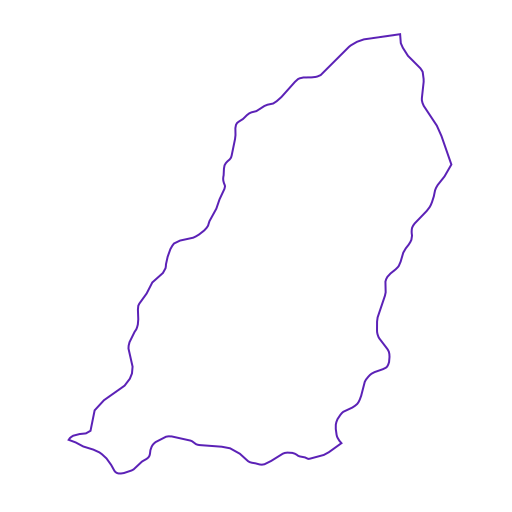 SVG path tracing the border of Lavalleja, rotated 175°
{"feature_id": "URY-19", "entity_name": "Lavalleja", "entity_type": "Department", "adm_level": 1, "iso_a3": "URY", "parent_name": "Uruguay", "parent_adm1": "", "projection": "robinson", "projection_center": [-54.924, -33.979], "detail": "fine", "context": "isolated", "style": "outline", "palette": "violet", "viewbox_px": 512, "rotation_deg": 175, "n_neighbors": 0, "source": "natural_earth", "source_scale": "10m", "svg_char_len": 2965}
<svg xmlns="http://www.w3.org/2000/svg" viewBox="0 0 512 512"><g transform="rotate(175 256 256)"><path d="M53.4,330.1L61.3,318.8L68.8,310.9L70.7,308.2L71.9,305.8L73.7,299.8L76.0,294.3L77.4,291.6L78.8,289.5L82.0,286.0L95.1,274.6L96.8,272.6L98.0,270.6L98.5,268.9L98.8,266.9L98.9,265.1L98.8,262.7L99.8,258.6L101.1,256.4L103.0,253.9L106.1,250.6L109.0,246.5L112.4,237.8L114.6,233.7L115.7,232.5L118.1,230.5L123.5,226.9L126.9,223.8L128.4,221.5L129.3,219.2L130.0,208.5L131.0,205.2L140.2,184.2L141.1,180.2L141.9,171.7L142.0,169.7L141.8,167.7L141.4,166.0L140.9,164.3L140.2,162.9L133.3,152.0L132.6,150.6L132.0,149.0L131.7,146.7L131.8,143.8L132.7,138.7L133.8,136.2L135.0,134.4L136.3,133.4L139.4,132.2L148.0,130.0L151.1,128.7L152.8,127.6L154.6,126.0L157.2,123.3L158.6,121.2L163.4,107.6L165.2,103.8L166.6,101.5L167.2,100.8L167.4,100.6L167.5,100.4L168.2,99.7L170.5,98.1L173.3,96.6L182.6,93.2L184.1,92.1L185.8,90.4L189.0,86.4L190.4,83.6L191.2,81.0L191.6,76.8L191.3,70.8L191.0,69.0L190.4,67.4L189.0,64.6L187.2,62.1L200.5,54.2L205.8,51.9L219.9,49.4L221.4,49.3L222.2,49.6L224.8,51.1L230.1,52.6L231.6,53.4L232.8,54.5L234.6,55.7L237.0,56.7L241.8,57.4L244.5,57.3L246.6,56.7L258.8,50.5L265.7,47.8L268.4,47.6L270.5,48.0L274.6,49.5L278.1,50.4L280.2,51.2L281.8,52.3L289.3,60.4L298.6,66.7L306.8,69.0L328.9,72.6L330.7,73.1L332.2,73.8L335.8,77.0L337.3,77.8L355.7,83.6L358.9,84.0L361.4,83.8L372.2,79.4L373.5,78.5L374.7,77.5L375.8,76.3L376.7,74.9L378.1,71.8L378.9,68.1L379.5,66.4L380.4,65.1L381.7,64.0L383.1,63.2L386.2,61.8L387.6,61.1L396.5,54.1L398.6,53.2L406.5,51.3L409.6,51.1L412.1,51.4L413.7,52.1L414.9,53.1L415.8,54.4L418.5,60.5L422.6,67.4L426.8,72.0L429.1,74.0L434.9,77.3L444.7,81.3L451.9,86.0L458.6,89.2L457.3,90.8L455.7,91.9L453.8,92.9L447.3,94.0L440.9,94.1L436.1,96.3L430.2,116.3L420.0,125.6L398.2,138.3L392.4,144.7L389.8,149.8L388.6,156.5L391.1,174.9L390.7,177.7L389.5,181.2L383.5,191.1L381.7,193.3L380.7,195.3L379.7,198.0L378.8,203.2L378.3,212.9L377.6,216.7L376.4,218.7L368.2,228.2L361.6,238.7L350.2,247.2L347.2,251.7L346.7,253.6L346.4,255.6L344.1,262.9L340.7,270.3L338.5,273.5L336.6,275.6L330.3,278.0L317.0,279.7L314.3,280.7L311.0,282.3L305.3,286.0L302.7,288.4L301.1,290.4L300.4,292.2L299.3,294.8L291.4,306.6L287.4,315.6L281.6,325.6L280.8,328.1L280.9,329.1L281.6,331.5L281.8,332.6L282.0,333.9L282.0,335.7L281.7,337.5L281.2,339.3L280.3,345.9L279.4,349.1L278.0,351.1L276.3,352.7L273.8,354.5L272.3,356.2L271.5,358.2L266.7,374.3L265.9,378.2L265.4,385.2L264.5,388.4L263.3,390.1L261.7,391.2L256.9,393.7L252.8,397.1L250.3,398.7L248.0,399.5L243.0,400.3L234.6,404.7L231.4,405.7L225.6,406.4L221.9,408.4L216.9,412.1L202.0,426.1L198.7,428.6L197.0,429.2L193.3,429.7L184.9,429.1L180.9,429.2L179.1,429.5L175.8,430.6L145.1,456.3L143.1,457.6L136.7,460.6L129.6,462.4L93.1,464.4L93.2,455.4L91.6,450.7L87.2,442.2L75.9,428.7L74.5,426.2L73.9,424.8L73.6,417.7L73.8,414.9L77.0,398.8L77.2,396.7L76.8,394.0L75.8,390.9L64.5,370.1L60.8,359.4L53.4,330.1Z" fill="none" stroke="#5b21b6" stroke-width="2"/></g></svg>